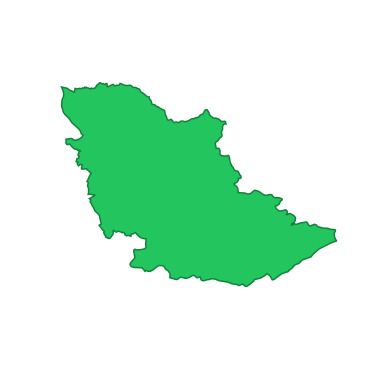 outline of Thanh Chuong, Nghệ An, Vietnam, rotated 194°
{"feature_id": "81297802B92574261409002", "entity_name": "Thanh Chuong", "entity_type": "district", "adm_level": 2, "iso_a3": "VNM", "parent_name": "Vietnam", "parent_adm1": "Nghệ An", "projection": "orthographic", "projection_center": [105.28, 18.735], "detail": "fine", "context": "isolated", "style": "filled", "palette": "green", "viewbox_px": 384, "rotation_deg": 194, "n_neighbors": 0, "source": "geoboundaries", "source_scale": "gbopen_adm2", "svg_char_len": 6085}
<svg xmlns="http://www.w3.org/2000/svg" viewBox="0 0 384 384"><g transform="rotate(194 192 192)"><path d="M41.9,178.0L41.4,178.7L40.2,179.2L40.0,179.7L41.6,181.1L43.1,183.5L44.0,186.7L43.5,188.1L43.5,189.6L44.2,190.1L48.4,189.3L52.0,189.6L55.7,188.7L60.4,188.8L62.0,189.1L63.5,190.1L65.4,190.3L68.9,187.8L70.8,188.0L72.8,190.3L73.8,190.6L79.9,187.9L82.3,186.2L83.4,185.7L84.7,186.1L85.1,185.9L85.8,185.4L86.0,184.7L86.6,184.2L87.5,184.1L87.4,185.4L85.6,187.3L85.1,188.3L85.0,189.4L85.3,191.7L86.0,192.7L87.6,193.9L91.7,194.9L92.9,194.2L93.9,193.0L94.8,193.1L94.8,193.6L94.5,194.6L94.8,195.8L95.2,196.5L95.9,197.1L96.7,197.3L98.9,196.4L99.8,195.7L101.1,195.1L102.9,194.7L105.4,195.7L107.1,197.1L107.7,198.0L107.6,198.6L106.1,199.3L106.0,199.9L105.4,200.3L104.5,201.4L103.9,204.9L102.7,205.9L102.7,206.7L102.9,207.0L105.4,207.5L107.4,207.3L110.2,206.5L111.1,206.6L112.5,207.4L113.9,208.6L114.7,208.6L115.5,208.5L117.5,207.7L118.5,206.9L120.5,206.5L123.3,207.1L126.1,208.4L129.0,208.9L131.2,208.9L132.2,208.4L134.4,205.0L137.1,203.4L140.8,203.8L146.9,202.5L148.5,206.5L149.6,207.8L151.8,209.1L152.8,209.4L153.1,210.1L152.8,210.7L151.8,211.3L150.6,212.5L149.8,214.9L150.1,216.5L148.3,216.9L147.8,217.6L148.5,219.5L149.6,220.1L152.0,222.9L152.8,223.2L155.1,223.2L156.6,223.9L158.2,225.9L159.9,227.2L162.1,230.0L164.4,235.1L165.2,236.2L165.7,236.3L167.4,235.3L169.8,234.6L172.3,234.4L174.1,235.6L174.7,238.6L175.2,239.6L176.3,240.7L179.2,240.5L180.7,243.6L181.3,245.7L179.7,247.4L178.9,248.8L178.1,251.1L176.8,252.6L176.5,253.9L177.1,255.6L177.9,256.7L177.6,260.3L177.7,261.5L178.2,262.5L177.9,264.9L176.7,266.0L175.5,266.1L176.5,268.3L177.4,268.6L179.1,267.9L180.6,267.6L183.8,269.3L187.0,269.4L188.5,268.9L191.7,269.9L193.5,271.1L195.3,273.7L197.1,275.4L198.0,275.3L199.2,274.6L199.7,272.8L199.7,272.0L200.3,270.3L202.0,269.3L203.0,268.1L203.3,266.9L204.2,266.0L206.6,264.9L207.6,263.8L208.5,263.6L210.9,262.2L211.7,261.1L213.5,259.7L215.9,258.5L217.5,258.6L219.8,258.2L221.6,256.1L222.9,256.2L224.4,256.1L225.9,255.1L226.9,255.3L229.5,257.4L230.1,257.4L231.0,256.6L232.3,256.0L233.5,256.2L235.2,259.2L236.9,260.9L237.4,262.6L238.3,264.3L239.0,264.7L240.8,264.9L242.6,265.5L243.6,265.5L245.2,266.4L245.7,266.5L246.1,266.2L246.8,266.6L247.5,266.5L248.8,267.5L252.0,267.5L254.2,271.1L255.6,271.9L256.0,272.4L256.6,273.9L257.4,273.7L258.9,273.9L261.0,274.9L261.6,274.9L262.2,275.6L264.2,276.3L265.3,276.4L266.8,277.7L267.5,278.7L268.3,279.2L268.8,279.3L269.6,279.0L271.3,279.7L272.2,279.8L274.6,279.3L275.5,279.6L276.5,280.5L277.2,280.7L279.4,280.1L280.5,279.5L281.2,279.6L282.0,279.3L283.6,279.3L286.0,279.8L288.1,279.9L288.4,278.7L288.8,277.9L290.9,277.3L292.8,276.2L293.2,276.2L293.7,276.9L294.6,277.4L299.1,273.7L299.9,274.0L300.5,276.2L300.9,276.7L302.0,276.2L302.7,275.0L304.4,275.7L305.2,275.4L306.3,275.3L307.3,275.8L308.1,275.6L309.4,273.4L310.0,272.9L310.7,271.1L310.8,269.9L311.3,269.4L311.8,269.3L312.3,268.8L313.2,268.5L315.0,268.4L315.7,267.3L316.7,267.7L321.3,267.9L321.3,266.8L323.3,266.6L324.3,265.5L326.1,265.4L328.5,264.3L330.5,264.2L330.4,260.5L331.4,260.4L333.4,261.1L334.0,260.9L335.5,261.3L337.1,262.0L338.8,262.5L344.0,262.3L341.2,258.5L340.5,256.8L339.7,253.9L340.4,250.0L339.5,244.6L339.0,243.3L336.0,238.2L334.4,236.8L329.1,233.6L325.2,230.1L317.0,225.8L315.1,224.0L313.3,221.6L311.4,220.6L312.1,218.5L314.3,216.1L317.3,214.1L318.6,213.8L321.3,214.7L322.3,214.7L327.1,212.7L326.2,210.5L326.3,209.1L325.0,207.9L324.5,207.9L323.7,208.0L322.5,208.8L321.8,208.7L319.8,207.1L316.8,205.4L315.5,205.2L314.2,205.5L312.7,204.8L311.8,205.2L310.4,205.2L310.2,204.7L310.4,204.5L311.2,204.3L311.5,203.8L311.2,202.3L311.6,201.2L311.6,200.3L311.2,199.7L310.1,199.5L310.0,198.9L310.6,196.9L311.6,196.4L311.8,195.8L311.7,193.4L309.9,193.2L310.2,191.9L309.4,190.7L308.5,189.9L307.3,191.3L306.3,192.0L305.4,192.0L305.2,191.5L305.0,188.2L304.6,187.6L301.5,188.4L301.1,188.9L300.3,189.1L299.3,188.7L299.2,188.1L298.4,188.0L296.9,187.2L294.2,185.4L295.0,184.4L296.4,176.7L295.4,176.4L294.9,175.9L294.8,172.7L293.2,170.3L292.1,165.7L292.2,164.6L290.0,165.2L288.0,165.1L286.2,165.8L285.7,165.3L285.6,165.0L286.3,164.2L290.0,160.7L288.4,159.9L288.5,158.2L288.3,157.6L286.6,156.3L285.7,154.7L283.6,152.9L282.2,150.8L281.3,149.9L278.4,148.5L276.2,146.7L272.4,139.2L272.5,138.6L273.9,137.6L274.0,137.1L273.7,136.7L272.6,136.2L270.0,133.9L267.5,132.5L267.9,131.4L267.4,130.9L266.9,129.7L266.5,129.3L265.3,128.9L265.0,127.4L262.3,126.8L260.8,126.9L260.4,127.3L258.6,131.2L258.4,132.5L259.1,135.4L258.9,135.9L258.6,135.9L256.5,134.8L255.5,134.9L253.6,136.3L252.8,136.0L251.1,136.0L250.2,135.5L248.8,136.2L248.1,136.1L247.4,135.6L246.5,134.1L244.6,133.7L243.5,134.5L240.6,134.3L240.5,134.7L240.8,135.3L240.9,136.0L240.7,136.4L238.6,137.4L237.0,138.9L234.8,137.2L230.7,135.2L227.2,135.1L225.4,135.5L224.8,133.8L224.6,131.1L223.4,128.0L223.3,126.9L224.0,125.8L225.5,124.7L228.7,123.3L230.9,122.6L233.3,122.6L234.0,122.4L234.2,121.9L234.3,120.9L231.8,115.0L231.8,114.3L231.9,113.4L234.0,109.5L234.7,107.6L234.5,106.5L233.9,105.7L233.1,105.1L232.1,104.8L229.6,104.8L222.0,106.4L218.4,103.6L217.5,104.8L216.5,104.7L215.6,104.3L213.9,104.7L213.2,105.0L210.6,107.5L207.4,111.7L206.5,112.5L203.7,113.3L201.9,113.2L201.0,112.8L198.8,110.6L196.1,109.7L194.5,108.3L193.5,107.2L192.8,104.7L192.9,103.5L187.5,103.3L186.0,103.3L184.9,103.8L182.9,106.2L182.0,106.7L177.3,106.6L175.9,107.2L173.9,108.5L171.6,110.9L170.4,111.4L168.8,111.3L166.7,110.0L165.9,110.1L163.7,111.5L162.9,110.7L162.0,109.1L161.2,108.6L160.2,108.6L159.3,108.6L156.3,110.4L153.8,111.4L152.0,112.6L148.2,113.1L144.3,112.5L136.9,113.1L134.2,113.1L131.0,112.6L126.5,113.1L123.8,112.6L120.6,114.9L118.0,113.6L116.4,113.6L115.3,114.3L111.4,119.2L110.6,120.6L110.3,122.1L105.5,124.6L103.5,126.1L100.5,129.1L99.6,130.8L96.7,129.9L95.4,129.1L93.1,126.3L92.6,126.2L91.0,127.2L85.2,134.4L81.6,136.8L79.8,137.7L79.2,138.3L79.1,139.0L76.0,143.0L76.0,144.3L75.2,144.7L74.6,146.0L73.6,146.9L71.2,148.4L68.6,152.6L60.7,158.0L59.9,160.1L59.0,161.7L55.0,167.4L45.4,175.8L42.8,177.7L41.9,178.0Z" fill="#22c55e" stroke="#15803d" stroke-width="1.5"/></g></svg>